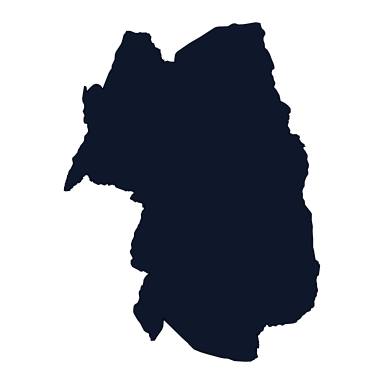 Plai Phraya, Krabi, Thailand
{"feature_id": "78962969B62820682032584", "entity_name": "Plai Phraya", "entity_type": "district", "adm_level": 2, "iso_a3": "THA", "parent_name": "Thailand", "parent_adm1": "Krabi", "projection": "equal_earth", "projection_center": [98.811, 8.55], "detail": "fine", "context": "isolated", "style": "filled", "palette": "ink", "viewbox_px": 384, "rotation_deg": 0, "n_neighbors": 0, "source": "geoboundaries", "source_scale": "gbopen_adm2", "svg_char_len": 5918}
<svg xmlns="http://www.w3.org/2000/svg" viewBox="0 0 384 384"><path d="M296.3,321.5L296.8,320.1L299.8,318.2L300.7,317.2L302.0,315.2L304.0,314.0L306.8,311.3L308.7,310.9L310.1,310.0L310.4,308.0L312.3,307.3L313.5,306.3L313.8,304.8L313.5,301.2L314.5,299.0L314.4,297.3L315.5,296.6L316.2,295.2L316.0,294.3L316.0,293.5L317.2,291.0L317.1,289.1L316.4,287.1L316.3,283.4L315.8,282.0L315.8,279.7L316.1,277.4L316.7,275.7L317.9,275.0L318.2,274.5L319.4,265.8L319.1,264.9L318.2,263.8L317.8,262.1L316.7,261.2L315.3,260.5L314.8,259.6L313.2,250.1L312.4,247.3L312.4,238.2L312.1,235.6L311.9,230.6L312.1,226.4L311.0,220.3L311.1,214.0L310.4,212.7L304.3,204.9L304.0,201.1L302.3,198.5L302.0,197.6L302.2,194.7L301.5,190.4L302.3,189.2L302.5,187.8L303.4,186.9L303.9,185.6L304.0,181.4L304.3,180.5L305.5,177.3L307.5,174.0L307.6,172.7L307.0,169.7L308.1,166.8L308.1,164.2L306.4,159.8L307.0,155.7L306.9,155.2L306.2,154.5L306.2,154.0L305.6,153.1L305.3,153.0L305.3,152.4L304.4,151.0L303.1,149.6L302.6,148.3L302.7,147.4L303.6,146.1L304.2,146.1L303.8,145.6L303.9,145.0L303.7,144.6L303.1,144.6L302.9,144.1L301.7,143.9L301.5,143.1L300.7,143.7L300.2,143.0L300.3,142.4L299.8,140.9L298.8,139.7L298.6,138.9L299.1,137.4L298.9,136.3L298.4,136.3L296.2,134.8L292.5,135.1L291.2,134.2L290.3,134.1L289.1,132.7L289.6,130.7L289.4,129.9L288.3,127.8L287.4,127.0L287.0,125.5L287.2,124.5L287.9,122.5L288.0,121.5L287.7,121.0L288.0,119.8L288.7,118.8L288.6,117.2L288.9,116.3L287.8,114.0L290.0,112.1L289.9,108.7L287.6,106.1L285.7,104.5L284.4,103.6L280.0,101.4L278.8,95.4L275.5,89.7L273.9,88.2L273.5,87.5L273.5,86.1L274.4,84.4L274.6,83.0L273.2,80.0L272.6,76.6L271.2,74.7L270.9,73.0L271.5,69.9L271.9,69.4L273.5,68.6L273.7,68.1L273.7,66.8L273.0,64.1L270.8,58.9L269.0,53.9L266.9,50.4L264.2,48.1L264.0,44.1L262.8,40.6L262.7,38.1L263.0,36.9L264.6,34.1L264.5,32.5L263.6,30.9L261.4,29.0L260.5,26.8L259.8,23.7L255.9,23.0L243.7,25.0L238.2,25.2L234.9,24.0L232.5,24.4L228.1,27.0L218.4,27.3L215.3,28.0L200.4,37.6L189.9,43.7L177.7,52.1L176.4,53.5L175.7,55.0L175.0,60.1L175.0,61.9L174.4,62.5L169.9,62.3L167.4,61.4L163.7,62.5L163.7,61.6L163.3,61.1L163.5,60.5L162.8,60.6L162.5,59.9L161.6,59.7L161.0,57.5L160.6,57.1L160.8,55.7L160.7,54.8L160.3,54.1L160.3,53.4L159.8,52.9L159.8,51.0L159.5,50.7L159.7,50.2L159.4,50.2L159.0,49.6L158.0,49.5L157.8,48.9L156.9,48.5L156.3,48.7L156.3,48.4L155.8,48.4L155.6,48.0L154.8,47.9L153.7,45.0L153.6,44.1L152.5,43.5L151.3,43.2L150.8,41.2L150.5,41.0L150.1,40.0L150.3,39.2L150.1,38.4L150.6,37.9L150.6,37.0L150.4,36.4L149.5,35.9L149.2,34.5L148.6,34.0L147.5,34.3L146.2,33.2L141.6,33.4L140.1,32.8L138.5,33.6L135.5,33.7L130.1,31.6L126.7,31.6L125.9,33.3L124.2,35.3L122.7,41.4L121.6,44.3L116.4,52.3L115.6,54.7L115.2,59.9L112.8,64.9L112.4,66.2L112.4,67.9L112.1,69.1L110.7,70.8L109.3,73.4L103.5,88.2L103.1,88.8L102.1,88.9L100.5,86.4L99.8,85.8L98.0,84.8L96.0,84.5L93.9,85.2L91.1,87.5L87.8,91.1L87.0,91.5L86.1,90.9L85.9,87.5L85.3,86.8L84.7,86.7L82.9,98.6L83.2,101.3L84.4,103.6L84.9,105.1L84.9,108.0L83.5,111.4L85.2,115.1L85.1,116.5L84.3,118.0L84.3,121.1L84.7,122.6L85.2,122.9L87.2,123.1L88.0,123.7L87.9,126.7L88.8,129.7L88.8,131.3L88.5,132.2L87.0,134.5L85.3,136.0L85.0,136.8L84.8,140.4L84.5,141.4L83.9,142.5L81.2,145.7L79.9,148.3L78.8,149.8L78.1,152.6L75.5,155.9L73.0,158.2L72.9,159.5L73.8,163.6L71.2,169.2L69.4,171.3L68.7,174.3L67.8,175.9L67.4,178.7L66.6,180.3L66.2,182.4L65.5,183.9L65.5,185.5L64.8,187.4L64.6,190.3L65.8,190.6L69.5,190.2L70.3,188.6L72.3,187.4L72.9,186.0L73.4,185.5L75.9,184.3L76.7,182.7L79.0,182.4L80.1,181.5L81.9,178.8L82.5,178.4L82.1,177.6L82.8,176.3L83.8,176.0L84.5,174.8L87.1,174.3L88.9,175.4L89.4,177.4L90.6,178.5L90.5,179.0L90.1,179.6L90.5,180.4L91.3,180.3L91.6,180.9L92.0,181.0L93.5,180.5L93.9,182.0L94.4,182.5L95.8,182.9L96.6,183.5L98.3,184.2L100.0,183.8L100.5,183.1L101.2,183.0L102.5,184.1L103.5,184.2L104.2,184.7L105.1,184.5L105.6,184.0L106.7,183.6L107.5,182.7L107.9,182.6L108.3,182.9L108.5,184.6L108.8,185.0L110.0,184.6L110.6,183.9L111.7,184.2L113.2,183.9L113.8,184.5L115.5,184.8L115.8,186.3L117.0,187.2L122.8,189.2L126.2,190.7L127.4,190.0L128.8,190.7L130.6,190.3L134.0,191.4L134.2,191.7L134.2,194.1L132.7,194.7L130.7,198.1L130.7,198.7L133.8,200.2L134.5,201.1L135.3,201.5L135.7,201.5L136.9,200.4L137.7,201.5L138.3,201.8L142.2,202.7L143.3,204.6L142.9,205.9L143.1,206.8L143.9,207.0L144.7,206.0L144.7,208.1L144.5,209.2L143.7,210.4L142.8,211.1L141.6,214.5L141.9,217.4L141.6,218.8L140.9,220.4L141.1,221.1L140.4,221.9L140.0,223.7L138.6,225.4L138.1,227.4L136.0,230.6L134.8,233.0L134.7,236.5L133.6,239.1L132.7,240.5L131.8,243.8L131.8,245.3L132.2,247.3L132.2,248.3L131.9,249.2L130.8,250.7L130.6,251.9L131.2,253.6L133.3,257.6L133.2,259.1L131.4,260.7L131.4,263.8L132.5,265.9L133.3,266.7L139.0,269.6L140.6,270.8L141.7,271.0L142.4,270.4L143.7,270.3L147.9,272.8L149.6,273.1L149.5,274.1L147.4,275.5L145.7,277.4L144.2,280.1L144.1,281.9L143.4,285.3L142.8,286.5L142.0,286.1L141.2,288.1L141.3,289.3L140.5,290.7L139.9,291.2L139.4,292.8L140.1,297.9L139.1,301.2L137.7,303.6L135.6,304.7L134.6,305.9L134.3,306.7L133.9,310.9L134.0,312.0L134.5,313.4L138.1,319.6L140.8,323.0L144.5,330.2L146.0,331.4L149.5,333.0L150.0,336.3L151.3,338.2L151.4,340.1L154.4,339.9L156.3,336.6L161.4,329.4L162.6,326.1L162.9,321.5L163.4,318.6L182.8,337.6L188.5,342.7L189.5,344.1L194.3,348.8L200.9,351.5L208.2,353.7L220.9,357.1L224.2,357.7L228.0,357.9L234.5,360.3L245.4,361.0L250.8,360.8L252.6,359.6L253.9,359.2L254.6,358.1L256.2,357.6L257.3,356.7L256.4,354.4L256.1,351.8L256.4,351.2L256.2,348.8L256.6,347.5L258.3,347.6L258.4,346.8L258.2,345.8L258.6,344.9L258.0,344.1L258.4,342.8L258.0,341.9L258.3,341.3L257.9,340.9L257.8,338.6L257.2,336.9L257.2,335.8L256.6,334.7L258.3,334.7L259.0,333.9L260.4,331.5L262.7,330.3L263.5,327.1L265.1,326.0L265.7,324.5L266.5,324.0L267.6,324.1L268.1,324.4L269.1,326.1L270.0,326.2L271.2,325.9L273.0,324.8L275.0,325.6L275.9,325.6L277.5,324.3L280.2,323.8L282.4,324.9L285.0,323.4L291.5,322.9L293.9,322.5L296.3,321.5Z" fill="#0f172a" stroke="#020617" stroke-width="1.5"/></svg>